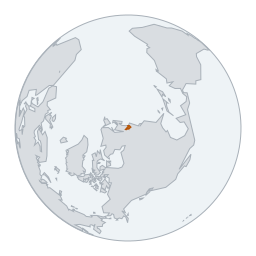 New Hampshire on an orthographic globe, rotated 224°
{"feature_id": "USA-3538", "entity_name": "New Hampshire", "entity_type": "State", "adm_level": 1, "iso_a3": "USA", "parent_name": "United States of America", "parent_adm1": "", "projection": "orthographic", "projection_center": [-71.585, 44.003], "detail": "fine", "context": "on_globe", "style": "filled", "palette": "amber", "viewbox_px": 256, "rotation_deg": 224, "n_neighbors": 0, "source": "natural_earth", "source_scale": "10m", "svg_char_len": 10019}
<svg xmlns="http://www.w3.org/2000/svg" viewBox="0 0 256 256"><g transform="rotate(224 128 128)"><circle cx="128" cy="128" r="113" fill="#eef3f6" stroke="#a8b0b8"/><path d="M123.2,240.5L126.4,240.4L124.1,240.4L124.9,239.3L128.2,237.5L130.6,229.0L128.2,226.9L119.6,224.0L109.2,213.4L112.0,209.1L109.7,206.7L117.1,200.3L115.2,193.2L112.6,192.0L109.9,194.4L101.0,188.8L98.0,182.6L71.5,165.6L68.9,161.4L69.3,156.1L62.5,133.8L64.5,152.9L61.4,148.1L59.4,140.6L61.1,139.9L60.4,129.6L58.0,124.2L59.6,111.6L67.9,98.9L68.4,102.2L70.4,99.0L69.9,94.8L69.1,92.9L75.2,78.3L74.9,66.7L71.1,65.3L74.9,64.1L65.1,63.2L62.5,59.6L67.7,62.4L70.0,61.8L69.4,58.5L71.7,57.2L72.7,54.9L75.4,53.8L78.2,55.8L80.0,55.2L79.5,52.9L81.9,50.5L82.4,53.9L86.6,50.1L92.1,53.4L91.3,64.4L96.6,66.0L101.8,77.1L103.6,75.4L106.7,78.9L109.9,78.2L109.9,80.7L112.5,78.1L111.9,76.0L112.8,74.2L114.6,73.7L115.0,76.7L114.1,77.4L115.2,78.0L114.6,79.8L115.9,78.6L116.1,82.5L118.7,78.0L121.1,80.6L120.5,83.3L117.0,83.8L106.9,92.3L105.2,95.7L106.4,99.8L116.1,105.5L115.7,109.1L117.8,113.4L119.6,110.9L118.7,106.7L122.6,103.4L121.0,98.9L122.3,97.0L122.1,92.4L126.0,92.3L129.9,94.9L130.3,98.9L132.1,100.3L134.8,96.0L138.6,103.3L146.4,108.1L146.9,110.2L142.4,114.7L134.5,115.6L128.6,122.5L136.4,117.4L137.6,123.2L139.5,124.0L141.7,123.5L142.7,121.1L144.0,123.1L136.8,128.6L135.6,126.8L137.9,125.0L134.2,125.6L129.3,129.8L130.4,132.6L122.0,136.7L122.7,138.9L121.2,141.1L120.7,137.3L121.4,144.4L111.7,151.5L112.4,163.5L107.5,153.9L103.2,152.2L97.9,151.6L97.9,153.6L90.9,150.7L84.5,153.3L81.9,161.9L84.1,169.3L91.9,171.4L94.3,168.2L100.1,168.4L95.7,177.7L105.7,180.5L104.6,187.4L107.5,191.3L112.6,190.9L117.8,192.9L121.6,189.1L127.7,187.0L127.8,192.5L131.2,187.4L134.6,190.0L146.7,188.7L145.7,190.1L155.9,194.9L166.9,195.3L169.5,198.3L168.2,200.8L171.9,200.4L172.0,201.8L187.0,198.6L194.5,198.5L194.1,202.8L187.6,210.3L181.3,220.7L169.5,227.0L166.1,230.2L156.4,235.3L149.3,236.4L151.0,237.1L146.8,238.3L142.1,239.0L141.1,239.5L137.6,239.8L139.7,239.9L133.9,240.5L134.1,240.5L123.2,240.5ZM22.0,109.3L22.9,107.3L22.6,109.6L22.0,109.3ZM23.2,105.3L23.0,106.1L23.2,105.3L23.2,105.3ZM23.3,104.2L23.3,105.0L23.2,104.3L23.3,104.2ZM23.3,103.0L23.3,103.5L23.3,103.0ZM111.7,167.3L123.2,173.2L116.6,173.7L117.9,172.7L115.0,170.4L109.6,167.9L103.8,168.4L111.7,167.3ZM23.5,100.5L23.7,99.8L23.8,100.2L23.5,100.5ZM117.1,161.3L115.1,160.8L117.0,160.8L117.1,161.3ZM68.4,92.4L69.7,94.9L69.3,99.3L68.0,97.2L68.4,92.4ZM69.5,84.5L70.7,85.2L68.4,88.3L68.5,86.9L69.5,84.5ZM67.9,64.8L68.4,66.5L67.1,65.3L67.9,64.8ZM72.3,54.9L71.4,54.8L72.3,53.7L72.3,54.9ZM119.9,92.7L121.0,92.6L120.5,93.5L119.9,92.7ZM118.8,90.9L117.5,92.2L116.8,91.5L117.6,90.8L118.8,90.9ZM77.3,50.9L79.0,49.2L77.8,51.3L77.3,50.9ZM120.6,89.6L115.7,90.2L114.5,89.0L116.6,85.3L120.6,89.6ZM80.3,48.5L84.4,44.6L82.8,44.1L89.6,43.5L83.9,46.9L82.6,49.4L82.0,48.1L80.3,48.5ZM110.8,75.6L111.6,77.8L109.3,76.4L110.8,75.6ZM109.1,75.1L100.6,74.0L100.3,70.6L103.3,71.6L101.6,67.8L105.7,66.7L107.5,68.5L106.9,70.9L108.9,68.7L109.1,75.1ZM92.8,43.9L94.2,43.4L93.2,44.3L92.8,43.9ZM112.9,73.4L111.2,73.4L110.9,70.4L114.3,69.9L113.3,71.0L112.9,73.4ZM99.2,67.4L99.5,65.2L102.9,63.7L103.5,62.7L105.8,66.4L99.2,67.4ZM114.3,71.4L116.0,69.8L117.8,70.8L114.6,73.2L114.3,71.4ZM109.4,69.9L109.4,68.5L110.5,69.1L109.4,69.9ZM125.3,73.6L123.3,73.5L122.9,71.9L125.3,73.6ZM116.5,69.1L115.9,68.8L115.5,68.2L117.0,67.3L116.5,69.1ZM108.0,65.1L109.4,65.0L107.3,63.5L109.8,62.4L110.8,65.1L111.4,63.5L112.2,63.2L112.2,65.8L108.0,65.1ZM117.4,64.7L119.5,68.1L123.4,68.5L123.8,69.9L117.5,68.9L117.4,64.7ZM114.3,65.1L116.3,65.2L115.8,66.8L114.1,67.7L114.3,65.1ZM111.1,60.8L107.0,61.7L106.9,61.1L111.1,60.8ZM118.6,64.5L118.0,63.8L118.9,64.4L118.6,64.5ZM113.5,61.5L112.1,61.9L112.0,61.2L113.5,61.5ZM118.1,62.0L118.8,63.0L117.7,63.6L118.1,62.0ZM116.1,61.5L116.3,60.4L116.9,63.2L115.4,61.8L116.1,61.5ZM113.7,60.8L113.2,60.5L114.3,60.7L113.7,60.8ZM121.9,59.0L122.9,62.4L120.4,63.8L119.8,60.3L121.9,59.0ZM211.2,52.0L210.9,51.8L212.9,54.1L213.4,54.5L220.1,63.1L225.9,72.4L223.4,70.6L222.1,68.9L222.0,68.7L221.8,68.6L224.1,71.9L222.8,71.2L227.1,74.7L228.9,77.8L232.4,85.8L235.4,94.0L237.7,102.5L239.4,111.1L240.3,119.8L240.6,128.5L240.3,137.2L239.2,145.9L239.0,142.6L239.2,135.4L238.6,134.7L237.7,138.9L236.6,138.1L235.8,140.2L228.6,156.5L224.7,157.3L216.1,151.9L216.2,145.0L213.2,139.8L211.3,106.8L214.2,103.8L216.5,88.5L217.3,87.3L220.7,92.1L225.3,86.4L222.5,80.5L223.1,74.2L221.1,68.5L214.1,60.5L217.2,69.6L214.2,68.3L208.8,58.6L205.5,51.3L204.2,50.6L203.3,53.2L199.5,49.7L202.6,54.0L203.6,53.6L205.6,56.4L204.8,57.0L203.5,55.7L203.6,57.7L209.9,63.9L211.5,64.1L213.7,71.3L216.7,72.4L218.4,75.4L214.0,74.6L212.1,72.9L206.3,75.0L208.5,77.3L214.1,75.7L213.7,77.0L216.7,80.6L214.1,79.0L207.4,80.6L207.4,87.8L212.6,101.6L211.4,106.0L208.1,108.1L200.8,99.4L204.2,90.8L201.7,87.9L196.5,87.3L197.9,84.9L196.2,83.7L197.0,80.5L193.7,74.4L193.9,71.2L188.3,67.2L187.6,65.2L191.1,68.0L193.6,68.4L193.5,61.1L192.2,59.3L188.6,57.4L189.0,55.8L185.5,55.0L183.3,50.6L183.0,55.4L178.7,53.8L175.1,50.5L173.6,50.9L179.6,56.3L182.0,57.8L184.2,57.5L190.8,62.7L191.7,65.6L184.7,63.8L185.3,67.9L179.5,65.0L166.9,51.6L163.8,47.0L167.9,41.6L171.1,43.1L171.2,45.7L175.1,44.3L172.8,43.9L173.2,42.7L169.2,41.2L169.2,40.3L165.3,40.5L164.9,39.2L167.4,39.1L161.2,36.1L159.2,33.5L157.8,33.3L156.8,33.9L155.0,30.4L154.0,30.5L154.2,31.6L152.4,32.4L148.4,32.6L148.0,31.4L149.4,31.2L151.6,29.0L155.3,28.7L154.7,28.3L151.4,28.3L148.7,30.9L146.5,31.4L147.3,29.9L146.8,30.5L145.6,30.4L144.0,29.2L142.8,30.8L129.7,32.2L125.3,30.4L127.5,28.7L117.9,29.3L113.6,27.8L113.8,28.7L109.3,30.0L110.6,30.4L110.4,31.0L99.5,35.2L96.6,35.4L92.1,38.8L92.2,39.4L94.1,39.3L89.6,43.5L82.8,44.1L82.9,42.8L78.6,44.3L79.4,41.1L78.1,39.4L81.6,35.5L80.3,34.7L78.7,35.4L75.7,35.1L75.0,32.3L82.5,31.3L84.9,36.0L84.5,33.6L86.7,33.3L87.8,32.0L87.3,30.5L86.0,30.9L95.8,25.1L98.8,21.5L93.6,23.3L90.5,23.7L89.3,22.5L94.1,20.6L101.8,18.4L109.7,16.9L117.6,15.8L125.6,15.4L133.6,15.5L141.5,16.2L149.4,17.4L157.2,19.2L164.9,21.6L172.3,24.4L179.6,27.9L186.5,31.8L193.2,36.2L199.6,41.0L205.6,46.3L211.2,52.0ZM215.8,120.1L216.8,121.9L215.8,120.1ZM204.7,46.8L201.0,42.8L198.2,41.5L196.5,39.9L196.2,40.1L198.0,41.4L196.4,41.8L193.2,39.2L191.4,38.5L192.5,39.8L198.6,44.7L200.9,44.0L203.7,46.3L204.7,46.8ZM147.0,188.6L148.5,189.5L146.6,189.8L147.0,188.6ZM115.7,176.1L118.1,176.4L119.4,177.3L117.5,177.6L115.7,176.1ZM136.4,176.2L139.2,176.6L136.2,177.3L136.4,176.2ZM125.0,173.9L134.1,176.2L128.3,178.1L122.6,176.7L126.6,176.2L125.0,173.9ZM115.8,165.0L117.4,165.5L116.9,166.6L115.8,165.0ZM118.5,161.4L117.9,161.5L117.2,160.5L118.5,161.4ZM138.1,122.8L138.7,122.5L140.9,122.5L139.9,123.5L138.1,122.8ZM150.8,116.7L152.6,120.0L150.6,118.2L149.5,120.2L143.9,119.2L146.9,111.2L146.6,114.9L150.8,116.7ZM137.3,115.9L140.5,117.2L136.9,116.1L137.3,115.9ZM185.9,81.1L187.6,80.5L189.5,82.6L189.3,87.3L186.6,84.3L185.9,81.1ZM189.7,79.2L182.7,76.5L182.6,73.7L183.8,75.7L184.4,74.1L186.6,76.9L193.3,77.2L195.4,79.1L193.8,86.3L193.2,82.8L191.5,83.5L189.7,79.2ZM165.2,76.7L162.2,76.1L165.8,70.7L168.2,71.9L168.1,76.5L165.2,77.8L165.2,76.7ZM125.3,83.1L123.9,83.7L123.8,82.8L124.9,81.6L125.3,83.1ZM124.4,73.7L131.2,80.0L130.0,80.9L135.5,83.8L134.4,87.3L130.8,85.3L134.1,90.3L130.4,89.9L133.0,93.2L125.3,88.2L122.1,88.2L126.1,86.8L127.2,83.5L126.7,82.1L123.1,78.1L116.9,76.7L117.0,73.5L118.8,71.5L120.3,71.3L119.7,73.5L122.1,71.7L122.5,74.7L124.4,73.7ZM139.0,53.9L137.8,55.9L142.7,53.9L143.0,56.5L143.6,56.1L145.3,58.0L148.3,59.6L147.9,60.8L149.3,61.0L150.4,62.3L152.1,63.0L152.1,65.4L154.1,66.5L152.9,67.1L156.5,68.3L153.8,68.5L155.0,70.4L157.0,69.2L152.6,81.9L152.9,87.5L154.5,92.1L149.7,92.2L145.1,88.1L141.2,82.2L141.7,77.0L139.4,78.1L139.0,76.0L140.9,76.0L137.6,74.8L137.8,73.1L134.3,68.6L129.5,68.2L128.1,66.6L130.1,66.0L127.3,64.9L130.1,62.7L129.2,61.6L131.1,58.4L135.4,57.9L134.1,56.8L135.4,54.4L139.0,53.9ZM122.6,58.2L127.7,56.8L130.4,57.5L126.1,62.8L126.5,64.1L123.8,67.8L119.9,66.6L121.0,65.7L121.2,64.5L122.4,65.3L121.6,63.8L123.1,62.4L123.0,60.9L124.7,60.9L122.6,58.2ZM216.1,84.2L216.4,83.1L216.4,81.0L218.3,83.3L216.1,84.2ZM211.7,85.4L211.6,84.0L214.3,86.0L214.0,87.3L211.7,85.4ZM209.3,81.7L211.4,83.8L210.1,83.4L209.3,81.7ZM190.8,66.8L190.5,65.3L191.3,65.5L192.5,66.8L190.8,66.8ZM153.7,49.5L152.5,50.3L151.9,49.9L148.0,50.2L147.5,48.5L149.5,47.7L153.7,49.5ZM215.9,63.1L217.8,65.8L217.5,66.1L216.9,65.1L215.9,63.1ZM219.1,74.9L219.4,72.9L219.6,75.5L219.1,74.9ZM152.4,47.7L150.9,48.0L151.6,47.0L152.4,47.7ZM146.8,47.3L147.2,46.1L146.9,48.4L146.8,47.3ZM145.3,35.1L151.3,36.4L155.2,36.5L156.9,35.2L157.2,37.8L151.1,37.5L145.3,35.1ZM131.7,32.6L130.3,34.0L129.2,33.3L129.3,32.8L131.7,32.6ZM132.1,33.5L133.6,35.6L131.7,36.3L130.9,34.5L132.1,33.5ZM143.2,41.1L145.1,41.6L144.5,42.4L143.2,41.1ZM82.4,25.0L82.0,25.2L81.6,25.4L82.4,25.0ZM83.9,24.3L84.4,24.5L79.7,26.6L78.5,27.0L80.3,26.0L82.7,24.9L83.9,24.3ZM83.1,25.2L85.5,24.3L91.1,23.9L91.1,24.5L84.3,25.4L86.1,24.7L85.6,24.5L83.1,25.2ZM93.6,42.8L94.1,43.3L92.9,43.4L93.6,42.8ZM111.2,31.3L110.6,32.1L109.3,32.0L111.2,31.3ZM108.4,34.3L110.4,33.8L108.5,34.8L108.4,34.3ZM114.7,32.8L111.2,33.9L114.3,32.2L114.7,32.8Z" fill="#d9dde1" stroke="#a8b0b8" stroke-width="1"/><path d="M128.1,126.0L128.1,125.9L128.2,125.7L128.3,125.6L128.5,125.5L128.7,125.4L128.7,125.5L128.7,125.8L128.7,126.0L128.7,126.3L128.8,126.5L128.8,126.8L128.8,127.0L128.8,127.3L128.8,127.5L128.8,127.8L128.8,128.0L128.9,128.3L128.9,128.5L128.9,128.8L128.9,129.0L128.9,129.3L129.0,129.4L129.1,129.5L129.2,129.8L129.3,129.8L129.2,129.9L129.2,130.1L128.8,130.3L128.7,130.3L128.6,130.5L128.4,130.6L128.2,130.6L127.9,130.5L127.7,130.5L127.4,130.5L127.2,130.5L126.9,130.5L126.7,130.5L126.7,130.4L126.6,130.2L126.7,129.9L126.8,129.8L126.8,129.7L126.8,129.4L126.8,128.9L126.9,128.7L127.0,128.6L127.1,128.4L127.2,128.2L127.3,128.1L127.2,128.0L127.3,128.0L127.3,127.9L127.3,127.7L127.4,127.4L127.5,127.3L127.7,127.2L127.8,127.1L128.0,127.0L128.0,126.9L128.0,126.7L127.9,126.6L128.0,126.4L128.1,126.2L128.1,126.0Z" fill="#f59e0b" stroke="#b45309" stroke-width="1.5"/></g></svg>